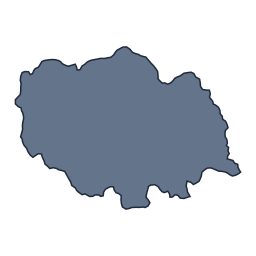 the district of Carmo da Mata, Minas Gerais, Brazil
{"feature_id": "56859067B40165996616507", "entity_name": "Carmo da Mata", "entity_type": "district", "adm_level": 2, "iso_a3": "BRA", "parent_name": "Brazil", "parent_adm1": "Minas Gerais", "projection": "albers", "projection_center": [-44.883, -20.561], "detail": "fine", "context": "isolated", "style": "filled", "palette": "slate", "viewbox_px": 256, "rotation_deg": 0, "n_neighbors": 0, "source": "geoboundaries", "source_scale": "gbopen_adm2", "svg_char_len": 2743}
<svg xmlns="http://www.w3.org/2000/svg" viewBox="0 0 256 256"><path d="M219.8,110.0L218.3,107.2L215.8,105.2L213.4,104.1L212.7,101.4L211.2,99.3L209.5,97.4L210.3,94.0L209.4,90.2L205.9,90.0L202.6,89.5L200.5,86.4L200.3,83.3L199.6,79.2L195.6,76.9L193.9,73.6L191.1,72.2L188.6,72.5L184.0,73.2L180.3,75.8L177.0,77.1L174.8,78.3L173.1,80.6L171.0,82.7L167.8,84.2L164.8,82.9L162.3,83.1L160.5,81.5L158.1,79.0L158.0,75.2L157.6,71.4L155.8,68.7L153.8,66.0L151.2,63.4L148.4,60.1L145.8,57.1L143.1,56.4L140.7,55.8L138.4,54.4L135.4,53.6L132.4,52.3L130.0,49.3L126.6,46.9L122.8,47.1L119.6,48.8L117.1,50.2L115.5,52.0L113.6,55.0L111.0,57.2L107.6,57.8L104.8,58.4L100.3,58.4L97.8,59.0L95.4,59.4L91.8,60.1L89.4,60.9L87.0,62.2L84.9,64.2L82.1,66.0L80.0,69.7L77.2,70.0L76.5,66.9L75.2,64.2L71.8,65.2L68.2,66.3L64.5,64.9L62.2,63.6L60.6,61.7L58.4,60.5L55.2,59.7L51.8,59.5L49.3,59.8L46.9,60.1L44.3,60.5L41.9,61.5L40.0,64.7L38.3,67.3L35.2,68.6L33.7,70.7L32.6,73.6L30.2,74.5L28.5,71.7L24.6,71.6L22.1,72.6L20.7,76.5L20.3,80.3L21.1,83.7L20.8,86.8L20.7,91.1L20.3,94.5L17.9,97.0L15.4,99.7L15.4,103.9L18.2,106.6L21.1,107.9L21.5,110.6L22.7,112.9L23.5,116.0L23.6,118.9L22.8,122.3L22.4,125.7L22.6,129.6L21.6,133.2L20.6,136.9L22.1,138.9L22.5,141.6L24.0,145.2L26.7,148.5L28.0,151.8L30.2,155.0L32.9,157.3L35.7,155.4L38.3,153.7L41.5,154.1L42.3,157.1L44.0,160.7L45.1,164.2L47.5,166.1L49.7,168.5L53.3,167.7L56.6,168.5L58.8,169.8L61.8,170.5L64.8,171.5L66.7,175.0L68.9,178.9L70.6,181.8L71.8,185.5L75.3,187.9L76.6,190.3L78.7,192.3L82.1,194.7L85.0,193.9L87.5,195.3L89.7,196.5L92.9,196.3L95.0,194.9L98.6,194.9L100.8,196.4L103.2,195.8L103.6,192.1L105.4,189.3L108.2,187.7L110.7,186.6L113.4,186.9L114.3,190.2L116.0,192.7L118.8,193.6L121.2,195.6L121.0,199.7L121.4,203.6L122.4,206.9L125.8,209.1L129.1,208.5L131.9,207.5L135.9,207.3L139.7,207.4L142.8,207.0L145.1,207.5L147.9,206.1L149.9,202.8L148.4,200.1L146.0,197.2L146.7,193.1L147.6,190.0L148.5,186.4L151.0,185.0L154.8,184.7L158.0,186.5L160.1,189.5L162.0,191.7L164.4,192.6L167.8,191.2L169.5,193.9L170.0,197.2L172.5,197.0L175.0,194.8L177.9,195.3L180.2,198.1L184.0,198.5L187.0,197.4L190.0,196.5L188.8,194.2L187.5,192.0L187.0,189.0L186.2,185.8L187.0,181.2L190.8,182.2L193.4,184.5L195.9,183.2L199.1,181.2L200.3,178.6L201.3,176.1L201.9,172.2L205.1,169.5L207.3,168.1L210.8,167.9L213.5,168.8L215.8,169.9L218.6,171.1L222.3,171.4L225.8,172.2L228.0,173.4L230.1,174.9L232.4,176.0L235.5,175.3L238.6,173.7L240.6,172.1L239.2,169.8L238.0,167.4L237.7,164.3L234.6,163.2L233.0,160.5L230.6,159.8L227.3,158.9L227.6,156.0L229.2,153.7L228.0,150.9L228.6,147.4L226.4,145.7L227.4,143.1L226.9,139.7L225.2,136.6L224.9,133.5L225.4,130.5L228.0,127.7L227.0,124.4L225.6,121.2L222.7,119.3L222.2,116.2L220.3,113.9L219.8,110.0Z" fill="#64748b" stroke="#1e293b" stroke-width="1.5"/></svg>